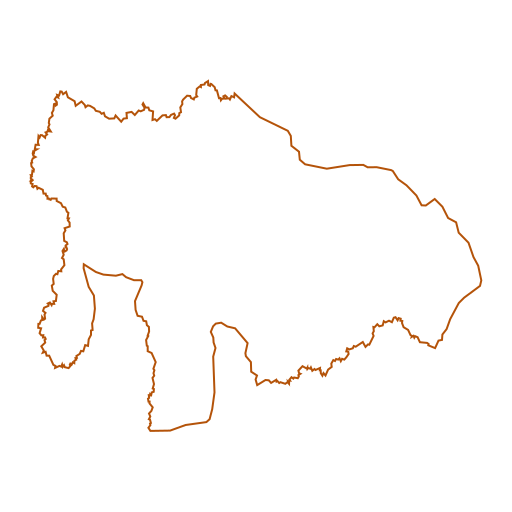 outline of Tha Khantho, Kalasin, Thailand
{"feature_id": "78962969B25988571892080", "entity_name": "Tha Khantho", "entity_type": "district", "adm_level": 2, "iso_a3": "THA", "parent_name": "Thailand", "parent_adm1": "Kalasin", "projection": "equal_earth", "projection_center": [103.183, 16.877], "detail": "fine", "context": "isolated", "style": "outline", "palette": "amber", "viewbox_px": 512, "rotation_deg": 0, "n_neighbors": 0, "source": "geoboundaries", "source_scale": "gbopen_adm2", "svg_char_len": 5863}
<svg xmlns="http://www.w3.org/2000/svg" viewBox="0 0 512 512"><path d="M148.4,427.8L150.4,430.9L170.1,430.6L185.6,425.0L206.4,422.1L209.6,419.2L212.2,409.2L214.5,392.4L213.2,356.6L215.5,348.0L213.6,342.5L213.3,337.5L210.8,331.9L213.1,326.3L215.8,323.6L221.2,322.7L227.3,326.5L235.1,328.3L247.6,343.1L245.4,353.2L245.9,356.2L250.9,362.1L251.2,371.7L257.0,375.5L255.6,379.5L257.2,385.1L265.5,380.0L268.8,380.3L271.1,382.9L276.2,379.8L276.5,381.5L277.3,380.9L279.2,383.0L280.4,382.2L285.3,383.8L287.5,382.1L288.4,383.1L288.1,381.8L289.1,382.8L289.2,380.5L290.1,380.6L289.5,379.6L291.5,377.2L293.3,378.6L294.1,377.5L297.8,378.2L298.8,376.5L298.4,375.1L300.4,373.8L299.1,373.3L298.4,370.6L302.5,366.2L306.8,368.6L307.4,367.5L307.5,368.9L308.3,368.0L310.2,368.7L310.9,367.4L312.3,370.8L314.5,369.0L315.5,370.0L320.0,368.0L319.8,370.3L320.7,370.3L320.8,373.2L322.4,375.7L323.5,373.1L325.5,375.5L328.1,369.6L331.7,366.9L331.3,363.6L333.3,360.1L335.0,361.0L336.1,359.0L338.2,359.6L339.5,358.3L340.8,361.2L342.1,358.8L344.3,359.6L346.4,357.2L348.6,354.0L348.2,351.6L346.3,351.4L347.2,348.3L349.3,349.4L352.8,348.3L353.8,346.0L355.7,346.7L362.8,342.0L365.5,346.9L368.0,344.4L369.3,344.7L373.6,335.9L372.6,333.4L373.8,331.2L373.4,327.0L374.5,327.3L377.3,324.2L379.3,326.3L382.7,325.4L383.8,321.2L385.6,322.4L389.0,320.7L391.9,322.2L393.8,317.7L395.5,317.2L397.6,320.3L398.6,318.1L400.7,318.7L400.4,320.7L402.3,321.0L402.0,323.0L403.6,327.2L408.1,329.9L410.5,335.1L412.0,335.9L411.7,336.9L413.5,335.8L414.3,337.7L415.2,336.2L417.6,337.2L419.9,342.2L427.1,342.9L428.6,344.0L428.3,345.3L435.1,348.1L438.5,340.6L442.0,339.9L442.4,334.5L446.6,329.1L450.2,319.1L458.8,303.0L464.1,297.7L480.0,285.9L481.3,280.4L478.2,265.7L473.5,257.1L468.5,242.7L458.7,232.7L456.1,222.3L448.1,218.0L442.4,206.7L434.7,199.0L425.8,205.5L421.6,205.3L416.4,195.5L406.5,185.3L398.2,179.3L392.8,171.0L391.1,170.1L376.7,167.2L367.7,167.3L363.3,164.9L349.6,165.1L326.8,168.7L305.1,164.3L299.8,159.7L299.0,151.7L291.4,145.8L290.8,135.9L287.8,130.8L259.9,117.2L234.6,93.5L234.1,97.3L231.4,96.1L229.9,99.5L228.9,98.3L226.3,98.6L226.8,96.9L225.1,95.4L223.4,96.3L224.5,98.6L222.1,98.7L220.9,100.3L220.4,98.0L219.0,98.2L216.9,90.4L215.5,90.3L214.7,87.2L211.3,84.0L210.5,83.8L210.0,85.9L208.2,85.1L208.0,81.1L205.0,83.0L204.5,84.5L200.9,85.0L200.9,87.0L199.7,86.4L196.8,88.8L196.2,95.0L197.2,96.5L194.3,97.7L193.8,99.4L191.0,98.0L190.2,96.0L187.1,95.7L183.1,99.6L182.1,101.4L182.4,104.1L180.3,107.4L181.0,112.2L179.3,113.1L179.2,115.4L175.5,118.7L173.9,117.9L175.0,115.2L174.1,113.6L171.0,114.9L169.4,117.1L166.6,117.2L165.9,115.1L162.5,115.4L156.8,120.9L155.0,119.2L152.5,120.0L153.1,111.4L149.3,110.3L148.4,107.6L145.6,107.5L143.2,103.2L142.5,104.5L144.5,107.7L144.1,109.8L140.7,111.3L138.7,110.5L134.8,115.0L131.6,111.9L126.5,112.9L126.9,118.2L123.6,118.6L121.2,121.7L115.6,115.5L114.3,118.4L109.1,118.7L105.0,116.3L103.8,112.8L101.6,113.8L99.8,111.8L95.8,110.8L94.3,108.4L90.1,105.9L87.8,105.4L85.5,107.2L84.8,105.0L81.5,101.5L75.7,105.8L74.6,101.2L67.9,97.3L66.1,91.9L63.1,94.2L61.7,91.6L60.3,91.4L59.1,95.5L57.2,94.9L58.1,97.5L56.5,96.7L54.6,99.3L56.8,102.1L56.9,104.7L55.9,105.4L55.9,103.4L54.0,104.1L53.4,110.3L51.9,112.9L52.7,115.7L49.4,118.7L48.8,123.0L49.5,124.4L48.2,127.3L50.8,131.5L48.5,131.2L48.0,129.8L47.3,131.8L45.6,132.4L47.1,134.5L45.4,135.7L45.1,137.7L42.1,135.2L40.6,135.1L39.6,137.5L38.5,136.0L37.9,142.7L38.7,144.9L35.6,144.7L34.8,149.2L36.9,149.3L34.2,150.9L34.0,152.7L33.1,151.8L32.7,153.5L33.3,155.7L35.5,157.0L32.8,158.4L31.7,161.0L32.2,162.6L31.1,163.1L31.5,166.4L33.9,169.3L33.6,171.4L32.4,170.8L32.0,174.8L30.8,175.1L31.8,176.5L30.8,177.1L30.8,178.7L31.9,179.4L31.3,180.1L33.3,179.7L30.7,181.9L30.8,183.4L32.6,184.0L32.1,186.4L33.3,187.3L34.6,186.0L36.6,186.2L37.4,188.8L38.6,187.8L42.8,189.8L43.5,193.6L45.7,193.6L46.0,195.5L47.4,196.1L47.5,198.7L48.8,198.5L49.7,200.1L49.5,199.1L50.7,199.8L51.4,198.5L56.6,198.6L56.7,201.0L61.0,203.2L62.7,206.7L65.3,207.5L66.9,211.7L68.4,212.8L67.5,218.3L68.9,218.4L67.9,220.4L69.6,222.6L69.7,226.5L64.6,228.2L65.4,230.4L63.7,233.3L64.2,240.9L66.9,242.3L67.5,244.0L65.6,245.5L65.5,247.4L66.4,247.2L67.1,249.1L66.6,250.4L64.8,251.5L63.7,249.1L62.5,251.0L63.7,254.8L62.0,258.0L63.7,259.3L64.4,265.2L61.1,269.4L61.3,271.3L58.3,271.0L57.4,274.2L56.0,273.8L53.8,276.0L53.1,278.9L53.7,283.9L51.8,285.6L52.7,290.8L56.7,294.8L55.9,301.0L53.5,301.3L54.2,303.9L52.0,303.9L51.6,305.1L49.9,302.5L47.8,303.5L48.7,304.4L48.4,305.9L44.1,307.7L43.0,310.9L45.5,312.9L44.5,314.5L45.1,318.7L43.9,319.6L42.2,317.2L42.2,320.1L40.9,320.5L39.6,323.9L38.4,323.9L38.2,327.8L41.1,328.3L39.6,333.2L41.4,335.4L43.3,335.2L43.0,337.5L45.0,337.4L45.7,339.0L44.5,340.1L45.2,342.6L41.3,346.3L43.8,350.6L42.8,352.7L45.6,351.8L46.6,355.7L49.2,355.7L53.4,364.9L55.5,365.9L55.1,367.9L59.5,365.9L61.2,366.6L62.1,364.5L62.7,366.9L64.0,365.2L64.8,367.2L68.6,368.1L70.5,365.8L69.8,364.8L70.4,363.5L71.2,363.7L71.2,365.5L72.9,362.3L74.3,363.1L74.4,360.7L76.2,359.7L75.5,358.1L76.9,357.9L76.4,356.0L79.7,353.9L81.0,350.9L83.3,351.3L85.2,345.1L88.0,345.9L88.7,339.3L91.0,334.9L91.0,330.5L92.6,330.0L92.1,323.4L93.6,319.3L94.9,308.7L93.9,295.5L88.7,286.9L83.6,268.2L83.8,264.3L95.9,272.0L103.4,274.6L115.9,275.7L122.4,274.1L126.1,277.2L134.0,280.2L141.2,280.2L142.4,282.2L141.6,285.4L135.0,301.1L135.6,309.9L137.6,315.8L142.0,316.7L143.5,320.8L146.2,321.3L146.9,325.2L148.9,326.9L149.1,331.5L147.6,335.8L148.2,336.1L146.1,340.0L146.8,345.7L147.7,346.2L147.7,351.2L151.6,353.0L155.7,362.1L153.4,368.8L154.4,370.2L153.5,373.2L154.2,375.7L152.5,377.9L154.0,384.1L152.7,388.5L153.9,389.0L153.7,391.8L151.7,392.4L151.2,395.0L150.2,394.2L150.2,395.4L148.8,395.2L149.1,397.9L148.0,398.7L148.5,401.6L149.6,401.6L149.5,403.4L152.7,407.3L151.4,410.9L149.0,413.5L150.3,416.5L148.9,419.2L150.0,419.6L150.9,423.0L150.0,423.6L150.4,425.1L148.4,427.8Z" fill="none" stroke="#b45309" stroke-width="2"/></svg>